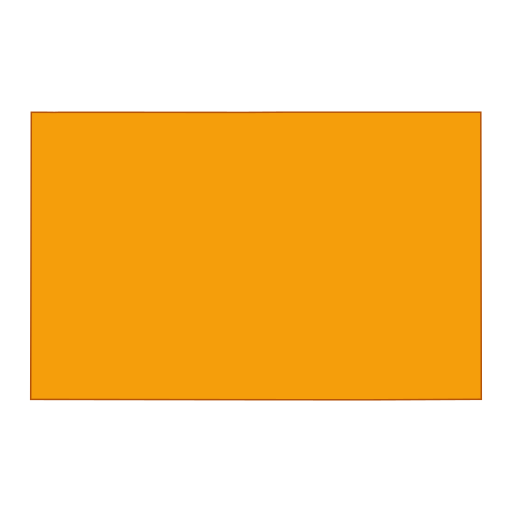 Worth, Iowa, United States of America
{"feature_id": "52423323B83558123373656", "entity_name": "Worth", "entity_type": "district", "adm_level": 2, "iso_a3": "USA", "parent_name": "United States of America", "parent_adm1": "Iowa", "projection": "robinson", "projection_center": [-93.275, 43.377], "detail": "fine", "context": "isolated", "style": "filled", "palette": "amber", "viewbox_px": 512, "rotation_deg": 0, "n_neighbors": 0, "source": "geoboundaries", "source_scale": "gbopen_adm2", "svg_char_len": 341}
<svg xmlns="http://www.w3.org/2000/svg" viewBox="0 0 512 512"><path d="M480.8,112.2L480.7,112.2L457.1,112.2L343.1,112.2L286.4,112.2L245.6,112.4L124.7,112.3L96.7,112.3L58.6,112.3L54.6,112.4L45.9,112.3L39.9,112.3L31.3,112.3L30.7,399.4L256.5,399.7L369.5,399.8L481.3,399.3L480.8,112.2Z" fill="#f59e0b" stroke="#b45309" stroke-width="1.5"/></svg>